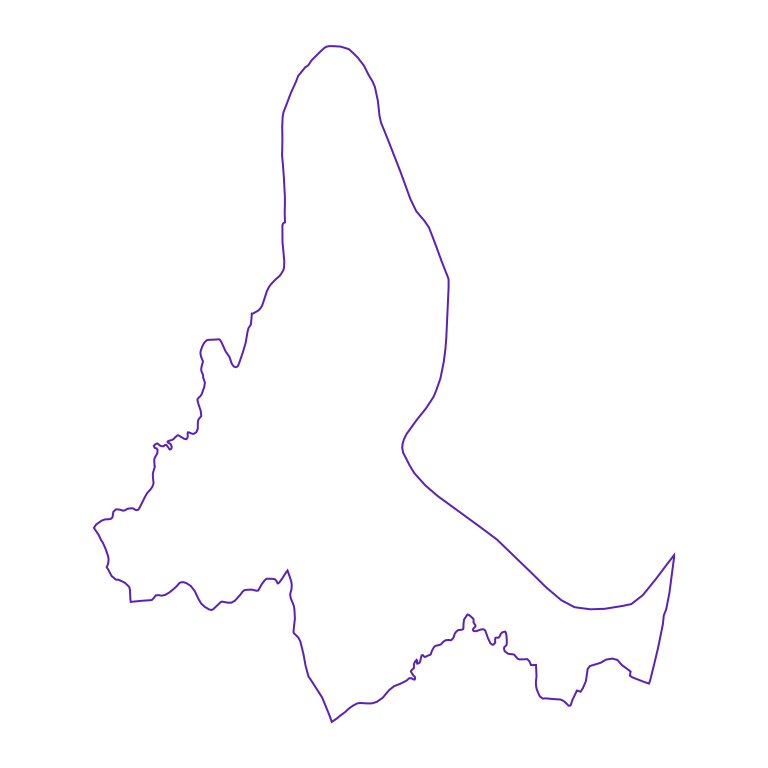 Tam Nong, Phú Thọ, Vietnam (Equal Earth projection)
{"feature_id": "81297802B6788314119837", "entity_name": "Tam Nong", "entity_type": "district", "adm_level": 2, "iso_a3": "VNM", "parent_name": "Vietnam", "parent_adm1": "Phú Thọ", "projection": "equal_earth", "projection_center": [105.235, 21.306], "detail": "fine", "context": "isolated", "style": "outline", "palette": "violet", "viewbox_px": 768, "rotation_deg": 0, "n_neighbors": 0, "source": "geoboundaries", "source_scale": "gbopen_adm2", "svg_char_len": 6104}
<svg xmlns="http://www.w3.org/2000/svg" viewBox="0 0 768 768"><path d="M674.1,555.1L667.8,563.2L656.9,577.7L643.0,595.0L631.3,604.1L622.8,605.9L604.7,608.8L590.5,609.3L574.5,607.2L568.3,603.9L561.3,600.2L546.3,587.5L532.0,573.4L497.0,539.6L479.1,526.2L437.9,496.2L425.3,485.4L414.3,473.1L409.8,465.7L403.2,452.8L402.2,447.7L402.6,444.0L403.9,439.4L406.5,434.1L416.5,420.2L425.9,408.5L433.4,397.1L436.1,390.8L440.4,378.5L443.8,361.7L445.4,349.0L446.3,337.7L447.4,313.7L448.6,287.3L448.6,279.7L448.1,277.7L441.7,261.5L435.4,244.2L429.0,227.6L424.4,220.8L420.5,216.3L416.2,211.1L410.4,199.1L400.5,171.9L388.8,141.9L385.0,132.4L381.0,122.7L379.5,115.8L377.9,101.0L374.9,87.0L372.6,81.6L368.7,75.1L364.1,65.9L357.5,57.3L352.9,52.8L348.8,49.1L340.6,46.6L334.3,46.2L329.7,46.1L326.8,46.6L324.5,47.8L320.3,51.6L311.6,60.3L308.2,65.4L305.1,67.4L301.6,71.8L298.2,75.8L295.8,82.1L291.0,92.6L286.6,104.2L283.4,112.5L282.6,117.4L282.2,127.4L282.4,139.0L282.2,151.3L282.0,154.8L283.1,166.7L283.8,176.7L284.9,196.6L284.9,203.1L284.7,213.1L285.0,222.4L283.7,222.9L282.9,223.8L282.4,225.7L282.5,242.2L283.4,251.3L284.3,261.8L284.0,267.5L283.5,269.8L281.9,272.7L279.6,276.0L275.8,279.2L272.6,282.5L270.8,284.5L269.2,286.6L266.9,291.1L263.3,302.2L262.0,305.9L260.4,308.3L258.5,310.4L252.9,313.6L251.8,313.6L251.5,318.5L250.8,324.7L248.5,328.1L247.5,331.9L245.6,343.1L242.5,353.4L239.7,361.5L238.2,365.5L237.3,366.6L235.4,367.2L233.6,366.3L231.7,363.6L229.5,357.0L225.6,351.4L221.6,342.5L220.1,340.0L219.0,339.3L214.9,339.6L209.3,339.8L207.0,340.1L205.5,341.4L204.1,343.0L202.5,345.9L201.0,349.9L200.5,352.0L200.5,353.9L201.1,356.8L203.0,361.5L201.6,366.5L201.2,369.0L201.4,371.2L202.9,374.6L203.1,375.8L203.2,377.9L203.9,379.5L204.9,382.7L204.2,387.2L201.8,393.9L200.6,395.9L198.1,398.3L197.4,399.5L198.0,402.8L200.7,410.7L201.3,416.0L200.3,417.3L199.0,418.7L198.1,420.4L197.8,423.9L197.8,428.8L196.4,432.1L194.2,433.6L193.1,433.9L191.5,433.5L188.6,432.3L187.9,432.3L187.6,433.5L187.8,436.1L187.4,437.8L186.4,439.2L184.2,438.8L180.5,436.6L178.5,435.3L177.5,435.3L175.1,437.4L173.4,439.2L171.5,440.1L168.3,441.0L167.6,441.7L167.7,442.4L170.5,443.9L171.6,446.2L171.7,447.7L171.1,449.0L169.7,449.5L168.1,447.3L166.7,445.3L165.8,444.8L164.6,445.2L163.6,446.3L161.1,446.1L159.8,445.4L157.7,443.6L157.4,443.5L156.4,443.7L155.5,444.2L154.5,445.0L153.8,445.9L154.8,447.9L156.5,448.4L157.5,449.7L157.4,453.1L154.8,457.7L154.3,459.2L154.3,461.9L154.5,465.2L154.4,465.4L154.9,466.5L153.3,471.7L152.8,474.3L153.0,477.9L153.5,482.7L153.3,484.3L152.3,486.8L151.0,488.8L146.9,493.4L144.1,498.6L141.2,504.5L139.7,507.4L139.0,508.7L138.4,509.6L136.8,510.2L135.5,509.9L133.2,508.4L131.2,508.3L127.5,508.8L124.6,510.4L123.0,510.7L120.8,509.9L119.4,509.6L116.1,509.3L114.5,510.7L113.4,511.7L112.9,514.4L112.7,516.2L112.3,517.6L110.7,518.9L109.1,519.2L105.0,519.4L101.7,520.6L96.4,524.3L93.9,527.9L98.6,534.8L101.0,539.9L102.9,542.8L105.7,549.1L108.0,556.0L108.6,559.3L108.4,561.7L107.9,564.4L106.7,567.1L109.0,571.0L111.5,575.9L114.3,578.3L115.9,579.6L118.8,579.8L124.8,582.7L127.8,585.5L129.3,587.1L130.0,590.2L130.3,598.4L130.7,601.9L141.6,600.8L151.7,600.1L154.0,597.8L154.9,596.6L155.8,595.4L158.5,595.1L161.6,595.7L165.2,594.9L167.2,593.7L169.2,592.6L172.8,589.7L176.4,586.5L179.3,583.1L181.1,582.3L183.7,582.2L186.7,583.3L190.9,586.1L194.7,591.0L198.7,599.4L201.3,603.7L204.7,606.8L209.2,609.5L211.6,610.0L213.5,609.0L219.2,603.5L220.9,602.0L222.0,601.6L227.9,602.7L231.3,602.7L234.9,600.7L240.6,594.4L242.5,591.7L244.4,590.2L246.8,589.8L251.6,589.6L256.8,590.8L258.2,590.5L262.0,583.8L264.6,580.5L265.7,579.3L267.5,578.7L272.1,578.8L274.9,579.2L276.5,581.1L277.7,583.4L278.3,583.3L279.5,582.2L282.1,578.7L284.9,574.1L287.5,570.5L289.7,576.7L291.3,581.7L291.7,584.4L291.7,586.1L291.5,589.2L290.5,592.6L290.2,595.0L290.7,598.1L292.0,601.2L293.9,606.0L294.3,608.7L294.6,612.4L294.9,618.8L293.8,628.1L293.5,632.4L294.1,633.5L295.4,634.6L298.5,637.8L300.4,641.6L303.4,653.9L305.7,666.3L308.5,676.5L310.8,679.8L322.2,697.6L329.0,714.2L331.8,721.9L337.5,718.0L339.6,716.1L345.2,712.0L349.4,708.1L353.4,705.4L357.3,703.4L359.8,703.0L363.7,703.2L367.0,703.4L371.7,703.4L376.8,701.9L380.5,699.3L382.6,697.8L383.8,696.5L386.2,693.5L389.3,690.0L394.1,686.1L400.5,683.7L406.4,680.7L409.0,678.4L411.1,678.1L413.0,679.2L414.6,679.6L415.1,678.8L414.8,676.8L413.0,675.1L410.9,671.5L411.1,670.8L412.1,669.6L413.8,668.3L413.9,666.8L413.9,664.4L414.7,662.2L415.5,661.2L416.6,659.9L417.2,660.7L416.9,662.7L417.3,663.7L419.4,662.9L420.2,661.4L421.1,657.3L421.7,655.3L422.8,655.1L424.5,656.9L425.2,657.0L427.9,655.6L430.4,654.7L431.0,653.8L431.5,651.9L432.5,649.7L433.7,647.6L435.2,645.9L437.7,645.4L440.6,644.6L443.6,641.5L445.8,640.2L448.3,640.0L451.1,640.2L452.5,639.0L453.1,638.1L453.8,636.8L454.7,633.8L456.1,631.8L457.7,630.3L461.7,629.7L463.1,629.2L463.4,628.2L463.5,623.7L464.1,619.4L467.5,614.5L469.2,615.1L472.3,617.8L473.4,618.9L473.6,620.4L473.5,622.4L475.4,625.3L475.4,626.6L473.6,628.2L472.9,629.6L473.5,630.9L475.1,631.2L476.6,631.1L480.5,629.6L483.2,629.2L484.5,629.8L485.4,630.9L486.4,633.7L487.9,638.0L490.3,643.1L492.4,644.8L493.7,644.4L494.6,643.4L495.2,642.7L495.1,639.5L495.5,637.8L496.1,637.7L498.6,637.7L499.5,636.7L500.1,635.6L500.4,634.7L500.9,633.7L502.2,632.4L503.0,632.1L505.2,631.6L505.9,632.8L506.4,634.9L506.8,640.5L506.8,642.9L506.4,645.2L504.3,647.2L504.0,648.5L504.6,651.1L507.8,653.6L510.2,654.1L512.5,654.2L514.1,654.7L517.8,658.8L519.4,659.4L527.3,659.2L528.8,660.6L529.3,661.1L530.0,662.6L530.9,665.0L533.4,665.1L536.0,664.9L536.5,676.3L535.9,681.7L535.9,683.8L536.1,686.0L536.7,689.2L538.4,693.5L539.8,696.3L541.9,698.0L542.9,698.6L545.2,698.3L552.4,699.0L560.5,699.5L563.1,700.7L565.5,702.6L568.6,705.7L570.3,705.6L570.9,704.6L572.2,700.5L576.9,690.6L580.6,691.7L581.8,689.8L582.7,688.5L585.9,681.2L587.6,669.2L588.9,667.3L590.0,666.0L600.6,662.8L606.1,659.6L612.3,658.6L617.4,659.9L621.6,664.8L630.6,671.5L629.9,675.7L632.5,677.4L643.5,681.7L649.0,683.6L650.3,679.8L653.7,666.1L658.0,648.2L662.9,624.1L663.8,615.3L666.2,609.4L669.4,592.9L674.1,557.2L674.1,555.1Z" fill="none" stroke="#5b21b6" stroke-width="2"/></svg>